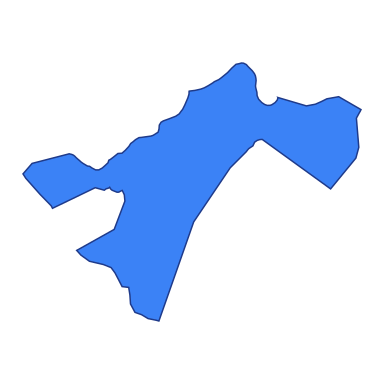 outline of La Fargue, Choiseul, Saint Lucia
{"feature_id": "8701671B39771319698243", "entity_name": "La Fargue", "entity_type": "district", "adm_level": 2, "iso_a3": "LCA", "parent_name": "Saint Lucia", "parent_adm1": "Choiseul", "projection": "natural_earth1", "projection_center": [-61.043, 13.771], "detail": "fine", "context": "isolated", "style": "filled", "palette": "blue", "viewbox_px": 384, "rotation_deg": 0, "n_neighbors": 0, "source": "geoboundaries", "source_scale": "gbopen_adm2", "svg_char_len": 2067}
<svg xmlns="http://www.w3.org/2000/svg" viewBox="0 0 384 384"><path d="M76.7,250.4L81.0,255.2L89.5,261.3L103.3,264.5L111.1,267.6L115.0,272.9L118.2,279.0L122.1,286.6L128.7,287.4L129.9,295.0L130.5,304.0L135.0,312.4L141.6,314.7L148.1,318.6L156.0,320.2L158.9,321.0L193.7,221.9L230.2,167.8L242.6,155.4L246.2,151.8L247.8,149.7L248.8,148.6L250.6,147.4L252.9,145.9L254.1,143.3L254.6,142.2L257.2,140.4L259.7,139.6L262.2,139.4L330.6,188.9L355.9,158.1L358.8,147.3L356.4,118.2L359.2,113.0L360.2,111.3L361.0,109.6L338.7,96.7L326.9,98.8L321.5,101.5L315.4,104.2L306.4,105.9L277.9,97.5L278.0,97.7L277.2,100.1L275.1,102.6L271.7,104.8L270.2,105.3L267.3,105.4L264.7,104.5L261.8,102.6L258.6,99.2L257.1,95.6L256.9,92.3L255.8,88.0L255.5,86.0L256.1,80.5L255.9,78.3L255.4,75.8L254.4,73.6L252.4,70.9L248.0,66.5L246.4,64.6L243.6,63.2L241.5,63.0L239.0,63.7L236.0,64.3L231.7,68.2L227.6,72.6L221.5,77.6L218.8,79.6L214.3,81.7L212.9,82.8L208.4,85.6L204.3,87.8L200.8,89.1L195.0,90.4L190.1,91.0L189.4,91.1L189.1,91.2L189.0,94.1L187.9,97.8L184.8,105.0L183.6,107.4L182.6,109.4L181.3,111.0L179.2,113.9L176.5,115.7L175.8,116.2L168.3,119.1L163.3,120.9L161.0,122.3L159.3,125.1L159.0,129.0L158.1,132.2L153.2,135.3L151.2,136.0L150.8,136.1L146.4,136.7L141.4,137.4L139.0,137.6L135.6,139.6L134.6,140.4L133.4,141.5L130.7,143.5L128.9,146.4L125.3,150.3L122.0,153.2L117.9,153.5L113.2,157.3L112.0,158.2L110.4,159.4L110.0,159.6L108.8,160.2L108.0,162.8L104.9,165.7L102.3,168.0L98.8,169.9L95.6,169.9L92.0,168.0L89.6,166.3L87.8,166.1L87.4,166.0L85.7,165.0L82.7,163.2L81.9,162.6L80.7,161.7L80.2,161.2L79.8,160.8L77.9,159.2L77.1,158.5L75.8,157.3L75.0,156.4L73.9,155.5L73.6,155.3L73.4,155.2L72.8,154.8L71.3,154.3L69.1,153.8L68.9,153.9L32.1,163.4L23.0,173.9L25.8,178.3L40.1,194.4L51.2,205.8L52.5,208.3L95.2,187.7L104.3,190.2L106.3,188.7L107.7,188.4L108.9,187.9L109.5,187.5L109.7,187.3L110.5,188.8L111.6,189.9L112.5,190.4L114.7,191.3L117.0,192.2L118.3,192.2L119.1,192.0L120.5,191.2L122.2,190.4L122.4,190.7L124.3,194.8L124.9,201.1L121.6,209.8L114.2,229.4L76.7,250.4Z" fill="#3b82f6" stroke="#1e3a8a" stroke-width="1.5"/></svg>